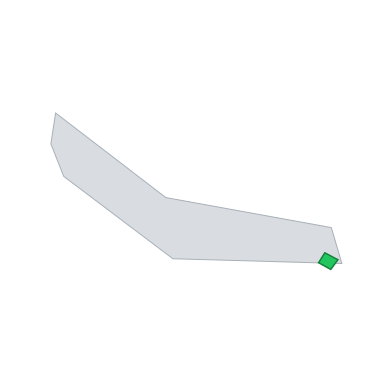 City of Saint George on a map of Bermuda (orthographic projection), rotated 61°
{"feature_id": "BMU-5135", "entity_name": "City of Saint George", "entity_type": "state/province", "adm_level": 1, "iso_a3": "BMU", "parent_name": "Bermuda", "parent_adm1": "", "projection": "orthographic", "projection_center": [-64.674, 32.375], "detail": "fine", "context": "in_parent", "style": "filled", "palette": "green", "viewbox_px": 384, "rotation_deg": 61, "n_neighbors": 0, "source": "natural_earth", "source_scale": "10m", "svg_char_len": 382}
<svg xmlns="http://www.w3.org/2000/svg" viewBox="0 0 384 384"><g transform="rotate(61 192 192)"><path d="M241.1,241.1L116.2,296.6L81.5,292.1L56.8,273.0L184.2,217.6L290.7,87.4L327.2,95.6L241.1,241.1Z" fill="#d9dde1" stroke="#a8b0b8" stroke-width="1"/><path d="M322.0,97.2L327.0,108.2L315.2,115.6L309.6,105.3L322.0,97.2Z" fill="#22c55e" stroke="#15803d" stroke-width="1.5"/></g></svg>